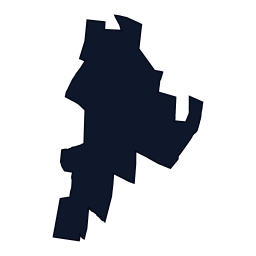 Quintana Roo, Yucatán, Mexico (Natural Earth projection)
{"feature_id": "50627088B14192360660462", "entity_name": "Quintana Roo", "entity_type": "district", "adm_level": 2, "iso_a3": "MEX", "parent_name": "Mexico", "parent_adm1": "Yucatán", "projection": "natural_earth1", "projection_center": [-88.628, 20.839], "detail": "fine", "context": "isolated", "style": "filled", "palette": "ink", "viewbox_px": 256, "rotation_deg": 0, "n_neighbors": 0, "source": "geoboundaries", "source_scale": "gbopen_adm2", "svg_char_len": 3033}
<svg xmlns="http://www.w3.org/2000/svg" viewBox="0 0 256 256"><path d="M160.0,71.5L154.5,70.6L138.7,48.8L141.2,26.3L141.5,24.6L140.6,24.1L139.6,23.7L138.9,23.3L137.3,22.6L126.6,17.7L125.3,17.5L124.2,17.2L123.0,16.9L122.0,16.8L120.9,16.4L119.8,16.1L118.9,16.0L117.4,15.7L116.6,15.6L115.5,15.5L114.9,15.4L115.4,16.5L115.7,17.3L116.1,18.0L116.9,19.6L117.3,20.1L118.1,21.7L118.3,22.3L118.7,22.8L119.5,24.3L119.8,25.0L120.1,25.6L120.4,26.8L120.8,28.3L121.1,29.2L121.3,29.9L121.5,30.5L104.4,29.7L104.8,22.0L87.2,20.1L85.7,35.7L85.1,41.3L79.8,58.5L85.3,60.9L84.8,61.6L84.7,61.8L81.3,67.3L77.0,73.2L76.5,73.4L76.2,74.4L72.6,79.9L70.9,83.2L68.2,89.0L67.4,90.5L66.5,92.1L66.1,94.1L65.5,96.7L75.3,101.8L78.8,104.0L81.5,106.5L85.2,110.0L84.2,141.6L84.1,143.1L84.1,143.7L83.7,143.9L83.4,144.1L82.6,144.2L82.2,144.5L81.7,144.6L81.5,144.9L81.2,145.1L80.5,145.2L79.6,145.6L78.6,145.9L77.9,146.1L76.3,146.6L75.3,146.9L74.4,147.2L74.1,147.2L73.5,147.2L73.1,147.3L72.5,147.4L71.7,147.8L71.4,148.3L70.7,148.5L70.2,148.6L69.5,148.8L69.0,149.0L68.4,149.5L67.8,149.7L66.5,149.4L65.9,149.3L64.5,149.5L63.3,149.7L62.9,149.8L62.5,149.8L61.9,150.0L60.7,161.7L62.1,166.4L64.6,170.7L65.3,170.8L72.8,172.0L72.4,174.1L71.9,176.6L71.9,178.4L72.3,179.5L72.3,181.5L72.1,184.7L71.9,187.5L71.3,190.0L70.8,191.5L70.6,192.6L70.3,194.6L70.2,197.2L62.4,198.4L60.4,198.7L55.1,227.6L53.4,236.7L53.4,236.8L79.1,240.6L80.1,234.9L82.2,237.4L82.9,238.2L84.1,238.8L86.7,228.2L88.4,207.8L89.8,208.5L89.7,209.0L90.0,209.4L91.3,210.3L92.1,211.1L92.7,211.2L93.4,211.7L94.3,212.1L95.1,213.0L95.8,213.2L96.8,214.2L97.2,215.3L97.5,215.6L98.1,215.7L98.5,216.3L99.1,216.4L99.4,217.1L99.9,217.7L100.8,218.2L101.2,219.1L101.6,219.6L102.0,219.9L102.5,220.1L103.0,220.4L104.1,220.8L104.3,221.0L104.8,221.6L111.3,196.5L112.8,182.7L113.4,173.3L121.2,177.2L128.9,181.2L134.0,183.1L135.5,164.2L135.6,151.2L148.6,157.6L148.5,157.8L158.4,163.3L170.4,168.2L177.8,159.2L178.1,155.7L178.6,155.2L179.7,154.0L187.8,142.7L188.9,140.9L189.8,139.8L190.2,139.2L190.5,138.6L191.1,137.9L192.0,136.0L192.4,135.2L194.2,133.2L194.9,132.8L195.6,132.2L196.3,131.4L196.8,130.5L197.2,129.5L197.5,128.4L197.8,127.6L198.0,127.0L198.2,126.1L199.0,123.4L199.2,122.7L199.4,121.3L199.6,120.7L200.1,119.0L200.3,118.2L200.6,116.4L200.9,113.2L201.0,112.0L201.3,110.6L201.5,109.9L201.5,109.4L201.7,108.6L202.0,106.6L202.0,105.6L202.1,104.8L202.4,103.0L202.6,102.3L189.5,96.5L189.5,102.1L189.5,103.0L189.5,104.3L189.5,106.3L189.4,107.4L189.5,108.2L189.5,109.3L189.5,111.2L189.5,112.5L189.4,113.2L189.2,113.9L188.7,115.2L188.1,116.5L187.5,118.1L186.5,120.4L185.9,122.2L184.7,122.0L182.7,121.8L179.0,121.5L174.5,121.0L174.7,119.0L174.8,118.4L174.8,117.1L174.7,116.0L174.8,114.7L175.0,112.1L175.0,110.5L175.2,107.2L175.2,106.6L175.3,104.2L175.5,101.0L175.6,97.3L175.6,97.2L158.2,92.2L158.5,89.9L158.6,88.8L158.7,87.9L158.8,87.1L159.0,86.0L159.2,84.3L159.4,83.2L159.3,82.2L159.6,80.7L159.8,80.2L160.4,79.4L160.7,78.4L161.1,77.0L161.6,75.5L161.7,75.1L162.6,72.1L160.0,71.5Z" fill="#0f172a" stroke="#020617" stroke-width="1.5"/></svg>